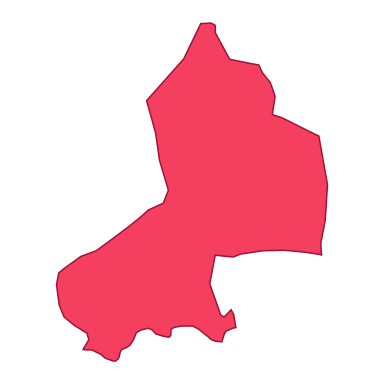 outline of Assalaya, Eastern Darfur, Sudan
{"feature_id": "16777658B59060398252798", "entity_name": "Assalaya", "entity_type": "district", "adm_level": 2, "iso_a3": "SDN", "parent_name": "Sudan", "parent_adm1": "Eastern Darfur", "projection": "albers", "projection_center": [26.009, 11.71], "detail": "fine", "context": "isolated", "style": "filled", "palette": "rose", "viewbox_px": 384, "rotation_deg": 0, "n_neighbors": 0, "source": "geoboundaries", "source_scale": "gbopen_adm2", "svg_char_len": 1866}
<svg xmlns="http://www.w3.org/2000/svg" viewBox="0 0 384 384"><path d="M319.3,136.3L305.4,129.5L281.9,117.7L281.7,117.6L272.4,114.7L272.4,114.2L275.1,96.4L272.3,88.1L271.3,85.4L270.2,82.5L264.4,75.2L262.6,73.0L262.0,71.9L261.8,71.4L261.7,71.2L258.8,65.0L255.6,64.4L252.9,63.9L249.6,63.3L247.0,62.8L229.8,59.3L228.4,56.9L227.3,54.8L226.4,53.3L223.5,47.9L221.9,44.9L221.5,44.2L218.3,38.3L215.4,32.9L215.4,32.5L215.4,32.4L215.3,30.8L215.3,29.0L215.3,28.3L215.3,27.2L215.3,26.4L215.3,25.5L215.2,25.3L210.8,23.0L210.7,23.0L208.1,23.2L207.2,23.3L204.5,23.4L200.8,23.6L183.7,58.9L159.5,86.2L146.6,100.6L150.3,114.0L151.8,119.3L155.6,133.0L159.5,160.3L168.4,190.2L163.3,203.2L148.3,210.0L141.7,216.0L139.9,217.6L129.2,226.2L115.1,236.8L106.8,243.0L96.1,250.8L80.9,256.4L65.7,267.3L58.7,272.9L56.5,284.8L59.2,305.1L64.1,317.0L74.1,325.2L87.0,333.3L88.8,339.7L83.8,348.1L83.1,349.6L86.8,349.9L91.7,349.9L100.6,354.2L105.5,358.3L113.2,361.0L115.8,361.0L118.7,358.3L120.2,352.3L121.5,349.8L125.5,348.0L129.9,345.3L133.6,339.5L136.3,332.8L140.6,330.1L148.3,328.3L152.1,329.9L155.9,333.9L162.8,336.1L169.0,337.2L170.8,335.5L170.9,331.8L171.4,329.0L174.4,327.3L181.4,326.1L187.7,326.0L192.7,326.1L198.3,328.9L207.9,336.6L211.0,339.5L216.1,341.4L218.5,341.5L221.8,341.9L224.3,334.0L226.2,331.0L229.0,329.9L233.0,328.1L235.9,327.6L234.3,318.1L234.2,317.8L234.0,316.4L233.6,314.4L231.1,309.8L224.2,316.9L223.6,316.6L220.8,315.1L213.9,295.6L211.5,288.9L210.8,286.8L209.8,283.8L209.8,283.5L215.2,255.2L223.6,256.1L233.1,257.0L236.8,255.6L240.8,254.0L241.6,253.9L253.8,252.1L260.5,251.1L262.3,250.8L269.1,250.6L277.0,250.4L283.3,250.2L283.8,250.2L306.0,252.3L312.7,253.4L313.5,253.5L319.8,254.5L320.0,254.6L321.6,255.0L321.6,254.8L320.9,246.0L320.9,242.1L321.7,238.5L325.2,220.6L327.5,184.8L318.9,136.3L319.2,136.3L319.3,136.3Z" fill="#f43f5e" stroke="#9f1239" stroke-width="1.5"/></svg>